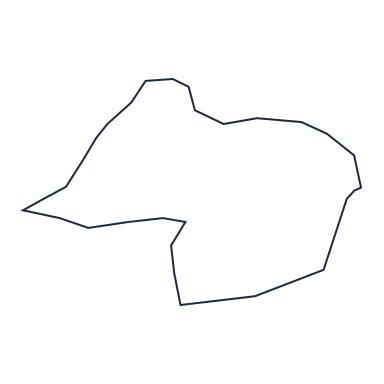 outline of Escaldes-Engordany
{"feature_id": "AND-4881", "entity_name": "Escaldes-Engordany", "entity_type": "state/province", "adm_level": 1, "iso_a3": "AND", "parent_name": "Andorra", "parent_adm1": "", "projection": "robinson", "projection_center": [1.58, 42.496], "detail": "fine", "context": "isolated", "style": "outline", "palette": "slate", "viewbox_px": 384, "rotation_deg": 0, "n_neighbors": 0, "source": "natural_earth", "source_scale": "10m", "svg_char_len": 477}
<svg xmlns="http://www.w3.org/2000/svg" viewBox="0 0 384 384"><path d="M361.0,187.6L354.5,190.5L346.8,198.8L323.6,269.8L255.0,296.2L180.5,305.0L174.2,273.0L171.1,245.5L185.4,222.0L163.1,218.1L128.1,222.0L88.3,227.9L59.6,218.1L23.0,210.3L40.6,200.5L66.0,186.8L83.5,159.3L96.3,137.8L107.4,124.0L131.3,102.5L145.6,80.9L172.7,79.0L188.6,86.8L194.9,110.3L223.6,124.0L257.0,118.2L301.5,122.1L327.0,133.8L354.1,155.4L361.0,187.6Z" fill="none" stroke="#1e293b" stroke-width="2"/></svg>